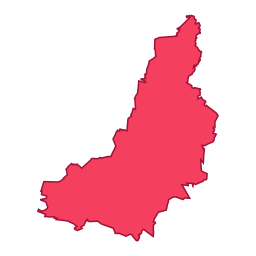 the district of Jiquipilas, Chiapas, Mexico
{"feature_id": "50627088B19459757665748", "entity_name": "Jiquipilas", "entity_type": "district", "adm_level": 2, "iso_a3": "MEX", "parent_name": "Mexico", "parent_adm1": "Chiapas", "projection": "mercator", "projection_center": [-93.615, 16.574], "detail": "fine", "context": "isolated", "style": "filled", "palette": "rose", "viewbox_px": 256, "rotation_deg": 0, "n_neighbors": 0, "source": "geoboundaries", "source_scale": "gbopen_adm2", "svg_char_len": 5753}
<svg xmlns="http://www.w3.org/2000/svg" viewBox="0 0 256 256"><path d="M115.2,233.4L116.2,233.5L119.4,233.4L126.0,236.2L130.6,234.1L132.2,235.0L132.0,235.3L136.3,240.6L137.7,240.6L138.2,240.3L138.2,240.1L138.0,239.8L138.1,239.4L139.0,238.8L139.1,238.6L139.1,237.8L138.8,237.5L139.6,236.4L139.5,236.0L139.1,235.6L138.8,234.7L138.9,234.3L139.4,234.1L139.9,234.3L140.8,234.0L141.2,233.4L141.6,232.5L142.0,230.6L142.4,230.3L143.5,229.7L143.8,229.4L144.8,230.3L153.2,236.5L153.6,232.1L153.4,231.0L153.5,230.3L153.3,229.2L153.4,226.8L153.4,225.0L155.5,223.0L155.3,222.2L153.4,222.0L154.3,218.9L158.3,212.3L166.3,210.1L166.7,208.1L167.5,204.2L168.1,202.7L168.7,199.7L171.8,197.8L173.9,196.9L175.9,197.0L183.0,199.5L185.0,197.9L189.7,198.3L184.0,188.2L181.9,184.7L188.3,185.6L188.2,185.1L187.0,183.1L187.9,183.2L188.2,183.4L192.5,183.4L192.7,186.0L192.9,186.3L193.3,183.5L195.7,184.4L203.2,181.1L203.9,179.9L204.8,179.7L206.4,179.6L206.8,178.6L207.1,173.6L203.9,172.3L201.3,170.6L201.2,167.6L201.0,165.2L200.8,164.2L200.9,163.1L200.8,159.8L203.3,163.0L203.7,157.9L203.5,157.3L204.4,149.5L204.0,149.3L203.5,149.1L203.9,148.9L204.0,148.6L203.0,147.8L203.0,147.3L202.9,147.1L202.4,147.0L202.3,146.0L201.7,145.3L201.5,145.2L203.0,145.3L204.0,145.6L204.7,145.7L209.6,143.1L212.5,142.2L213.0,141.7L213.5,141.1L214.2,139.6L214.2,138.1L216.3,134.2L212.9,133.3L214.3,130.7L214.6,129.0L213.4,128.6L213.3,127.2L213.8,127.0L215.0,127.1L214.9,122.0L215.1,121.7L215.4,120.8L216.0,119.8L218.1,115.6L216.1,112.9L210.8,108.8L210.0,108.3L206.8,105.7L206.5,105.4L205.5,106.1L204.0,104.1L205.5,102.5L205.7,101.3L202.5,99.4L201.3,97.1L199.7,98.1L197.9,98.9L197.8,96.2L200.1,95.1L200.1,93.7L200.2,92.3L199.5,89.9L200.6,89.5L200.3,89.0L194.0,87.5L194.3,87.7L194.4,88.0L194.2,88.4L193.8,88.4L193.5,88.0L192.4,88.0L192.1,87.9L191.9,87.7L191.8,85.7L186.6,82.6L187.3,82.3L187.8,81.7L187.8,80.0L187.9,79.3L188.5,76.7L188.8,76.0L189.6,75.5L192.0,74.3L192.6,72.9L194.5,70.9L194.7,70.1L194.7,69.4L195.0,68.8L194.9,67.3L194.9,66.8L195.1,66.4L194.2,66.6L193.6,67.3L193.9,65.7L194.3,65.6L194.7,65.7L194.7,65.3L196.6,65.9L196.7,64.9L197.1,64.4L197.8,64.3L199.2,61.7L198.6,60.8L198.8,60.2L199.2,60.2L199.9,60.6L200.1,60.5L200.3,60.2L200.2,59.4L199.8,58.6L199.7,57.8L200.0,57.5L200.4,57.2L200.8,56.6L200.9,55.2L200.8,54.3L200.8,53.6L201.2,52.8L201.5,52.7L201.5,52.4L201.5,51.9L201.1,51.4L200.6,51.3L200.1,51.4L199.4,50.9L199.0,50.1L199.0,49.8L198.2,49.1L197.8,48.2L197.0,47.1L196.4,46.5L195.4,45.9L195.0,45.3L195.3,44.9L195.7,44.7L196.0,43.8L195.8,42.9L195.4,42.3L195.2,41.4L195.2,41.1L195.4,40.8L195.8,40.3L195.7,38.7L195.9,38.3L196.6,38.2L196.8,37.9L196.7,37.5L196.1,37.1L196.0,36.7L196.0,35.9L196.8,34.7L197.1,34.5L197.3,34.6L197.6,34.5L198.1,34.0L198.3,33.5L198.5,33.3L198.9,33.1L199.6,33.4L200.0,33.2L200.3,33.1L200.3,32.6L200.1,32.2L199.8,31.9L199.7,31.1L200.1,29.8L200.0,28.9L199.6,28.6L199.2,28.9L198.7,28.6L198.5,28.2L198.7,27.6L199.0,27.1L199.8,26.5L200.0,25.9L200.0,25.3L199.2,23.3L198.9,22.9L198.3,22.7L195.8,24.0L195.5,24.1L195.3,23.9L195.3,23.2L195.9,21.6L196.0,20.1L195.9,19.8L195.7,19.4L195.2,19.3L194.3,18.8L194.3,18.0L194.4,17.3L193.9,16.3L193.0,16.0L192.7,16.1L191.7,15.5L191.3,15.4L190.7,15.9L190.2,16.0L189.6,16.0L189.4,15.7L189.1,15.5L187.6,16.2L187.3,16.3L186.8,15.9L186.5,16.1L186.3,16.7L187.3,18.2L187.0,17.6L187.5,17.2L188.1,17.1L188.2,16.9L188.6,16.7L189.2,16.6L189.5,16.8L189.6,17.1L189.9,17.2L189.8,17.6L180.0,27.2L177.2,28.6L177.2,28.9L177.4,29.2L177.7,29.4L178.0,29.4L178.5,29.1L179.3,29.0L178.9,29.4L178.8,30.5L179.3,30.7L179.2,31.1L178.6,32.0L177.6,32.4L177.0,32.9L176.9,33.8L177.3,34.1L176.7,34.8L176.9,34.9L176.9,35.0L176.6,34.8L176.5,35.1L176.3,35.2L176.1,35.7L176.1,35.9L176.5,36.0L176.4,36.2L175.8,36.0L175.4,36.3L159.4,37.5L154.9,39.4L154.5,49.2L155.4,50.4L155.5,54.4L155.8,56.6L152.3,59.1L149.2,61.1L149.2,61.7L149.0,61.9L148.9,63.5L148.5,64.2L148.0,66.1L146.9,68.7L146.6,70.9L146.5,73.6L146.1,73.6L145.3,73.9L145.0,74.2L144.7,74.8L144.8,75.0L145.5,75.0L145.4,76.8L144.9,76.9L144.9,78.0L145.5,77.9L145.4,78.6L144.3,78.8L141.3,78.8L141.1,79.5L144.8,80.9L145.3,81.4L145.6,82.0L145.8,82.2L145.6,82.4L144.6,82.5L138.7,80.9L138.4,85.7L137.7,91.2L137.5,93.3L136.0,95.4L134.5,98.8L135.0,99.1L135.0,99.5L135.5,109.4L133.2,108.4L132.2,112.2L130.8,115.3L131.4,116.2L128.3,118.3L127.9,119.5L127.0,130.8L125.9,130.5L125.5,130.5L125.4,130.1L123.7,129.8L123.4,129.9L123.0,130.5L122.2,129.8L121.9,129.9L121.5,129.4L121.0,129.2L120.4,129.3L120.0,129.2L120.0,129.6L119.7,130.0L119.8,130.0L119.7,130.3L119.6,130.5L119.6,131.2L119.3,131.0L118.6,130.5L117.6,130.1L116.7,131.8L116.3,131.8L116.2,132.9L115.7,133.4L115.1,135.0L113.0,139.1L115.9,146.3L115.6,146.7L115.2,147.5L114.9,147.7L114.4,149.5L113.4,151.1L112.0,153.9L111.2,155.8L111.4,156.0L111.1,156.4L111.1,156.6L110.2,156.5L109.3,156.6L108.1,156.4L107.6,156.6L107.1,157.1L106.5,156.8L104.5,157.4L104.1,157.4L102.1,157.8L102.0,158.0L100.1,157.7L100.2,157.9L99.7,158.0L99.2,158.0L97.3,158.7L91.8,158.4L90.6,160.1L81.7,168.2L80.5,167.0L78.6,165.5L77.0,164.0L76.2,164.9L74.7,164.4L73.3,164.1L73.0,164.8L71.4,163.6L70.7,164.3L67.8,167.0L67.5,167.7L66.9,168.4L66.1,169.1L67.4,174.6L63.3,178.3L63.7,178.8L60.5,181.0L58.2,182.0L43.9,181.6L40.9,191.3L42.0,191.3L41.5,194.6L46.8,196.1L46.3,198.4L40.7,199.5L40.8,200.0L45.8,202.0L46.9,204.5L47.8,207.9L45.8,209.6L44.2,210.4L41.7,211.2L38.5,209.3L37.9,211.4L45.6,214.3L44.7,216.5L51.2,217.0L54.5,216.8L54.2,218.3L55.9,218.2L57.3,218.3L56.2,219.6L64.4,220.5L68.9,221.3L69.7,222.1L70.8,222.4L72.3,223.2L72.7,223.2L73.6,223.8L76.9,226.5L74.4,228.1L74.9,229.4L77.5,230.5L82.2,228.4L81.2,227.3L81.1,226.8L84.0,225.2L85.0,223.0L86.1,220.7L88.0,218.7L86.8,220.7L88.3,221.0L89.1,221.6L97.7,221.2L101.5,224.0L113.5,228.3L115.2,233.4Z" fill="#f43f5e" stroke="#9f1239" stroke-width="1.5"/></svg>